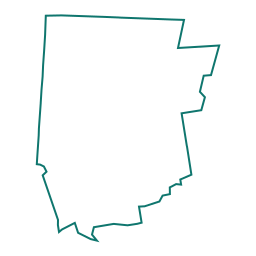 outline of Litchfield, Connecticut, United States of America
{"feature_id": "52423323B65115859299704", "entity_name": "Litchfield", "entity_type": "district", "adm_level": 2, "iso_a3": "USA", "parent_name": "United States of America", "parent_adm1": "Connecticut", "projection": "mercator", "projection_center": [-73.244, 41.76], "detail": "fine", "context": "isolated", "style": "outline", "palette": "teal", "viewbox_px": 256, "rotation_deg": 0, "n_neighbors": 0, "source": "geoboundaries", "source_scale": "gbopen_adm2", "svg_char_len": 843}
<svg xmlns="http://www.w3.org/2000/svg" viewBox="0 0 256 256"><path d="M45.8,15.7L45.1,35.0L44.1,51.1L43.1,65.2L42.6,76.8L41.5,89.9L40.7,103.2L40.7,103.4L38.9,128.6L38.9,129.0L38.7,135.5L37.3,156.2L36.8,164.2L40.1,164.6L43.9,166.5L46.5,171.7L42.7,175.3L58.0,219.9L57.9,225.0L59.0,232.0L62.1,229.4L74.8,222.9L78.1,232.8L90.7,239.1L96.9,240.6L92.0,234.6L93.9,227.2L113.7,223.9L127.6,225.3L137.3,223.8L141.6,222.7L139.0,206.6L144.6,206.3L159.4,201.5L162.6,195.6L168.0,194.5L169.9,194.1L169.8,187.4L172.0,186.3L176.1,184.1L181.1,184.6L180.3,179.5L191.4,174.7L187.0,146.5L186.8,145.8L181.6,113.3L201.3,110.2L204.9,97.2L199.9,91.8L203.7,75.7L211.0,75.1L213.7,65.4L219.2,45.5L178.0,48.0L184.0,19.9L171.2,19.5L149.8,18.7L120.2,17.6L119.8,17.6L119.2,17.5L101.9,16.8L101.5,16.8L61.5,15.4L45.8,15.7Z" fill="none" stroke="#0f766e" stroke-width="2"/></svg>